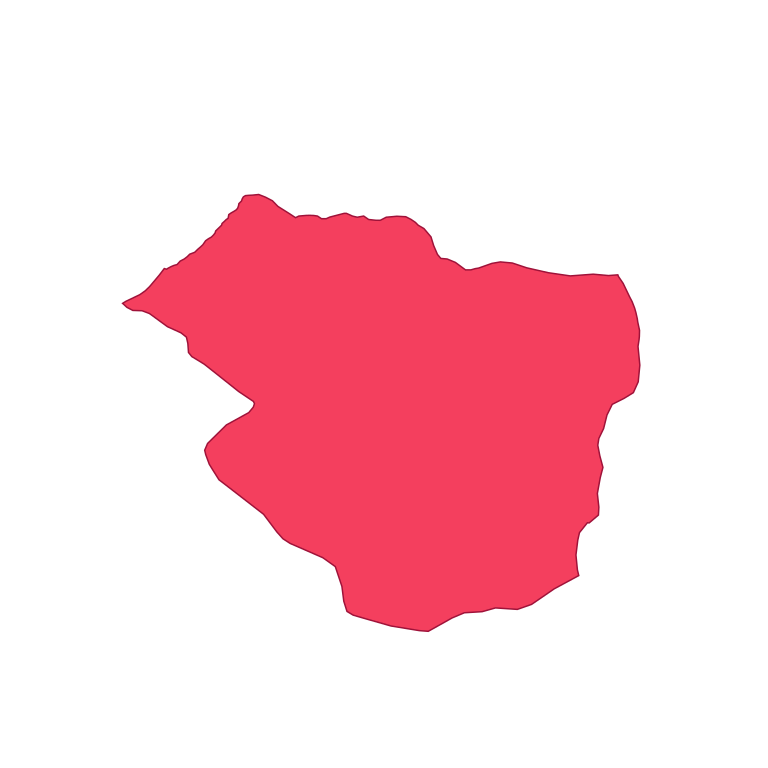 outline of Jurmey, Mongar, Bhutan, rotated 301°
{"feature_id": "84629894B48851567249316", "entity_name": "Jurmey", "entity_type": "district", "adm_level": 2, "iso_a3": "BTN", "parent_name": "Bhutan", "parent_adm1": "Mongar", "projection": "equal_earth", "projection_center": [91.257, 27.093], "detail": "fine", "context": "isolated", "style": "filled", "palette": "rose", "viewbox_px": 768, "rotation_deg": 301, "n_neighbors": 0, "source": "geoboundaries", "source_scale": "gbopen_adm2", "svg_char_len": 2319}
<svg xmlns="http://www.w3.org/2000/svg" viewBox="0 0 768 768"><g transform="rotate(301 384 384)"><path d="M598.0,528.2L592.6,520.6L585.9,506.8L572.6,488.0L564.0,467.5L557.1,446.5L553.8,431.7L548.6,420.9L543.0,414.4L532.0,405.3L529.9,402.8L526.6,399.7L523.8,395.1L525.0,382.6L523.7,373.8L520.9,368.0L522.6,363.1L528.2,355.3L534.3,348.5L537.8,338.2L537.7,331.6L538.7,327.7L539.0,322.3L538.6,316.5L534.4,308.6L531.6,304.8L528.1,300.0L522.4,296.5L520.0,292.4L517.1,286.1L517.5,280.1L514.9,277.1L513.2,275.2L511.7,270.5L511.4,267.7L510.9,263.9L509.7,261.9L505.0,257.3L499.2,251.6L495.9,249.3L493.5,245.3L493.7,240.5L492.3,237.1L490.4,233.6L488.5,230.6L484.1,224.5L481.0,222.5L481.3,215.6L481.6,201.6L483.6,194.0L483.1,186.1L481.9,179.0L478.1,173.9L475.8,170.5L474.1,168.2L472.0,167.1L469.8,167.1L467.4,167.6L463.9,166.7L461.8,167.5L459.4,168.0L457.3,167.7L455.0,166.6L451.8,164.8L449.3,163.7L445.8,165.0L443.5,164.0L441.1,163.4L438.2,162.5L436.5,163.0L428.5,160.9L426.5,161.4L423.9,161.1L421.1,160.4L418.1,158.7L414.9,157.3L410.1,157.0L406.9,156.1L403.6,155.0L399.4,153.9L395.2,150.6L391.9,149.8L388.3,148.4L384.4,146.0L379.8,145.1L377.5,142.9L374.9,141.0L371.9,139.2L370.4,138.5L369.8,136.2L361.6,135.3L346.7,132.9L340.8,131.3L334.7,128.6L322.0,120.2L318.5,118.4L317.3,124.2L317.7,130.8L322.2,138.9L323.6,146.6L321.6,168.9L323.3,183.6L322.4,190.5L317.7,195.0L310.3,200.2L308.5,205.2L308.5,212.2L308.4,219.8L305.5,242.1L302.7,263.3L301.8,281.1L300.4,283.1L296.8,283.9L289.8,282.8L267.8,270.0L242.2,263.4L234.9,264.4L231.7,267.5L225.2,275.6L222.1,281.6L216.9,291.9L216.2,298.2L210.3,347.9L202.0,368.4L199.3,377.1L199.0,385.7L203.6,421.0L202.4,436.3L188.8,452.2L177.1,461.4L170.0,469.4L170.0,476.7L174.2,492.5L180.2,514.7L190.8,541.3L194.8,549.3L218.6,562.9L229.3,570.7L239.4,585.4L249.5,594.9L259.5,614.4L271.1,624.0L296.1,635.4L320.1,649.6L324.3,645.5L336.3,636.6L350.0,630.5L357.3,628.1L369.8,629.8L370.6,631.4L382.1,635.3L389.1,631.6L400.0,623.3L415.1,617.6L425.3,614.6L433.6,606.0L441.6,598.8L448.0,596.2L458.9,595.2L472.3,591.1L479.7,590.5L484.1,590.1L495.2,597.1L505.0,602.2L516.8,600.8L531.9,593.6L547.0,582.4L553.6,579.7L556.3,578.4L561.6,575.4L567.8,569.6L570.4,567.5L574.9,563.2L578.1,559.8L582.3,554.4L585.3,549.5L593.4,537.2L596.9,529.6L598.0,528.2Z" fill="#f43f5e" stroke="#9f1239" stroke-width="1.5"/></g></svg>